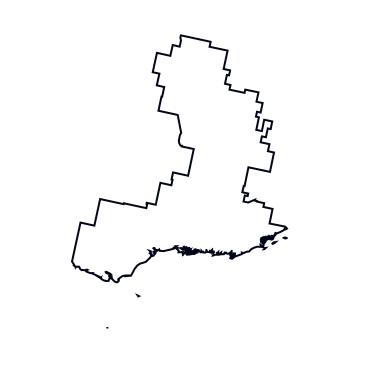 Port Hedland, Western Australia, Australia, rotated 192°
{"feature_id": "25037944B61185375235969", "entity_name": "Port Hedland", "entity_type": "district", "adm_level": 2, "iso_a3": "AUS", "parent_name": "Australia", "parent_adm1": "Western Australia", "projection": "orthographic", "projection_center": [118.535, -20.793], "detail": "fine", "context": "isolated", "style": "outline", "palette": "ink", "viewbox_px": 384, "rotation_deg": 192, "n_neighbors": 0, "source": "geoboundaries", "source_scale": "gbopen_adm2", "svg_char_len": 6087}
<svg xmlns="http://www.w3.org/2000/svg" viewBox="0 0 384 384"><g transform="rotate(192 192 192)"><path d="M186.6,337.7L205.0,337.7L205.0,342.8L235.4,342.9L235.5,340.6L234.3,338.0L234.3,331.6L241.4,331.7L241.5,320.7L255.2,320.8L255.3,301.0L248.5,301.0L248.6,289.0L241.0,288.9L241.0,279.0L241.7,279.0L241.7,264.5L222.0,264.4L214.9,247.6L215.6,245.3L215.6,239.7L214.8,237.4L213.0,235.1L211.4,235.1L211.4,234.4L199.2,234.4L199.2,207.1L214.6,207.2L214.6,199.9L213.6,199.9L213.6,194.3L224.8,194.4L224.8,172.0L234.0,172.0L234.0,170.8L233.3,170.8L233.3,166.7L256.3,166.8L256.3,165.9L280.4,166.0L280.5,138.8L294.7,138.9L294.9,99.0L292.2,96.4L292.4,95.6L290.6,94.9L290.2,94.0L289.6,95.0L286.9,95.4L285.3,93.4L283.6,92.6L282.6,93.1L280.1,93.1L279.7,93.8L278.8,93.7L278.5,94.2L278.1,94.1L278.9,93.5L279.4,93.6L279.6,92.8L278.7,92.2L274.6,91.5L272.5,92.0L272.7,91.6L266.9,90.3L267.2,90.1L263.4,88.7L263.3,89.5L263.7,89.1L264.1,89.5L263.1,89.6L262.9,88.3L260.5,87.3L257.6,87.0L255.1,87.7L254.6,91.7L255.6,92.4L255.6,93.0L254.6,92.1L255.1,94.1L259.6,95.3L259.8,95.8L259.2,96.1L254.7,95.0L253.5,93.6L253.8,94.6L252.2,90.4L248.9,88.3L246.6,88.0L245.3,89.4L245.2,90.6L245.9,90.8L245.9,91.6L242.9,95.0L241.2,96.0L240.0,95.8L239.8,96.5L237.5,97.0L238.0,96.4L234.2,97.5L232.1,105.0L230.1,108.9L227.9,111.1L222.7,114.0L219.3,119.1L218.5,121.2L218.8,120.7L219.0,122.5L220.6,123.3L219.8,124.7L221.1,125.6L220.1,125.5L219.6,124.6L220.1,123.3L218.8,122.8L217.4,121.2L216.3,121.8L215.5,123.6L216.1,124.0L215.2,124.2L214.9,125.3L216.2,126.1L216.6,125.6L216.9,125.8L216.2,126.2L215.2,125.7L214.7,127.0L216.4,128.0L217.2,129.1L218.5,128.2L217.8,129.3L216.8,129.2L216.2,128.2L214.1,127.5L213.8,128.9L213.8,127.7L212.1,128.1L212.4,128.5L212.1,129.0L211.2,127.8L207.7,128.2L198.6,132.4L197.0,133.8L197.8,133.4L198.2,133.8L197.2,134.2L197.2,135.5L195.7,135.8L196.7,134.5L194.4,134.3L195.9,133.6L192.9,132.0L192.7,130.2L187.8,131.5L187.3,130.9L187.6,129.1L188.0,129.2L187.8,128.7L187.4,129.2L186.8,130.8L186.9,131.4L185.5,131.5L185.0,131.8L184.8,132.4L187.0,134.1L188.8,133.5L191.4,134.7L190.8,134.9L189.9,134.0L189.0,134.4L190.0,135.7L188.6,134.3L186.5,134.8L188.3,136.5L189.5,136.4L188.3,136.9L187.6,136.0L187.5,137.2L187.1,136.0L185.7,135.1L186.0,136.7L185.5,137.6L185.8,136.7L185.2,135.1L185.2,135.8L184.6,136.1L185.0,133.9L184.3,135.3L183.7,134.8L183.4,135.9L182.9,136.6L182.4,136.2L182.5,135.4L183.4,135.5L182.9,134.7L183.7,134.1L183.1,132.5L184.1,133.6L184.4,133.2L183.9,132.7L184.5,132.9L183.7,131.8L184.3,130.5L184.9,130.6L184.3,129.7L183.5,129.7L179.4,131.1L181.8,131.0L183.0,132.1L181.9,131.7L181.8,133.0L181.0,133.1L181.8,134.8L181.4,135.2L181.6,134.3L180.3,134.3L180.6,133.5L179.9,133.4L180.9,132.8L180.6,131.9L177.0,133.9L178.4,134.3L177.1,135.4L177.6,136.2L177.0,136.5L176.8,135.5L177.5,134.2L175.2,134.7L174.7,134.2L175.7,133.9L174.8,133.7L173.9,134.1L174.6,135.4L175.8,135.9L175.8,136.3L175.0,136.8L175.5,135.9L173.6,136.6L171.1,134.8L170.3,135.1L170.5,136.3L169.8,135.7L167.9,136.0L169.2,135.8L169.2,135.2L166.5,135.4L165.6,136.6L165.9,138.1L165.0,138.5L165.7,137.7L164.7,136.5L162.1,136.8L161.8,137.5L162.3,138.2L162.1,139.1L162.1,138.1L160.9,136.9L161.0,138.7L160.3,139.7L159.8,137.8L158.3,138.3L158.0,137.9L159.1,137.3L158.1,135.7L158.3,134.2L156.1,135.5L151.6,136.5L154.7,137.3L154.8,137.4L155.0,138.6L154.6,137.4L153.9,138.5L153.8,137.5L152.6,136.9L150.9,138.9L150.7,137.1L147.9,137.8L147.3,139.1L147.9,140.1L146.4,139.2L146.0,139.7L145.4,139.8L145.9,139.4L145.0,139.0L143.0,139.3L144.1,139.3L142.8,139.6L141.2,141.7L140.7,143.4L141.1,141.1L141.8,140.0L137.1,140.8L137.0,139.8L137.6,139.1L139.3,138.6L140.3,139.4L141.0,139.1L138.8,137.7L140.9,138.4L141.2,139.1L140.9,138.1L139.3,137.5L139.7,137.3L139.3,136.3L138.4,137.3L139.1,137.5L137.9,137.8L138.0,136.8L139.4,136.2L140.0,137.4L141.2,138.0L140.6,136.8L140.8,135.2L139.0,135.0L136.6,137.7L130.7,141.4L130.3,142.2L130.6,143.1L129.9,143.0L129.9,142.3L126.0,145.0L123.7,145.7L122.3,148.2L119.9,150.3L116.9,152.0L112.3,152.9L113.1,153.0L112.9,153.7L113.5,153.8L113.8,154.4L112.6,154.1L111.7,152.7L110.9,153.0L111.1,156.9L110.6,157.0L109.8,158.8L111.2,159.3L111.9,156.8L113.4,156.3L112.1,157.0L112.4,157.5L111.8,158.0L113.1,157.6L111.8,158.3L111.1,160.1L112.4,160.4L113.1,161.3L113.8,160.7L113.5,159.8L114.5,159.4L114.3,159.0L114.4,158.6L114.7,159.4L113.7,160.1L114.0,160.6L113.7,161.4L114.7,160.7L114.9,161.8L114.4,161.0L114.2,161.6L113.1,161.7L113.2,163.2L112.9,161.5L111.5,161.3L111.8,161.6L111.9,162.0L111.6,161.8L111.4,162.7L110.9,162.9L111.2,163.1L111.1,163.9L110.9,163.1L110.2,162.8L111.3,162.6L111.0,161.3L110.0,161.3L110.2,160.8L109.6,160.6L108.5,161.0L107.6,162.5L108.6,162.6L109.0,163.1L108.3,162.9L107.9,163.3L109.7,164.4L108.5,163.9L107.6,165.1L107.2,164.9L108.0,163.9L106.2,163.3L106.9,162.9L106.6,162.2L105.0,162.8L105.6,162.0L104.0,162.0L102.9,163.2L102.8,164.5L103.7,165.0L103.6,165.7L104.4,164.8L105.2,164.7L104.4,165.3L105.0,165.3L105.9,166.2L104.8,165.4L104.5,165.8L102.4,165.8L101.4,167.7L102.0,169.0L101.5,169.4L100.8,168.8L96.2,172.1L94.1,174.0L93.9,175.0L92.5,174.9L91.5,176.0L92.8,177.0L93.7,176.7L94.0,177.5L109.6,177.3L109.7,192.2L119.0,192.2L119.1,196.1L126.3,196.1L126.3,196.6L128.6,196.6L128.6,197.7L134.9,193.4L139.6,193.4L139.6,199.6L136.7,199.6L136.7,202.2L142.7,202.2L142.7,208.7L141.8,208.7L141.9,227.9L119.9,227.9L120.0,247.7L126.2,247.7L126.2,254.9L135.2,254.9L135.2,260.9L131.1,260.9L131.1,269.9L128.1,269.9L128.2,277.7L136.4,277.7L136.3,266.1L142.0,266.1L142.1,279.0L145.1,279.0L145.1,284.0L141.4,284.0L141.4,293.7L147.7,293.7L147.7,303.3L161.2,303.2L161.2,299.9L176.6,299.9L176.6,304.7L182.2,304.7L182.2,313.8L180.0,313.8L180.0,318.9L186.6,318.9L186.6,337.7ZM176.2,132.4L177.5,133.4L179.5,131.9L179.0,131.5L176.9,131.8L176.2,132.4ZM99.8,160.4L101.8,159.6L103.1,157.6L100.8,159.1L99.8,160.4ZM108.3,152.6L109.1,152.3L109.7,151.1L109.2,151.3L108.3,152.6ZM91.6,166.8L92.3,166.4L91.2,165.9L91.0,166.1L91.6,166.8ZM222.3,79.1L223.5,79.4L222.8,78.7L222.3,79.1ZM89.1,167.0L89.9,166.8L90.8,166.2L90.4,166.2L89.1,167.0ZM246.5,41.5L246.8,42.2L246.6,41.1L246.5,41.5Z" fill="none" stroke="#020617" stroke-width="2"/></g></svg>